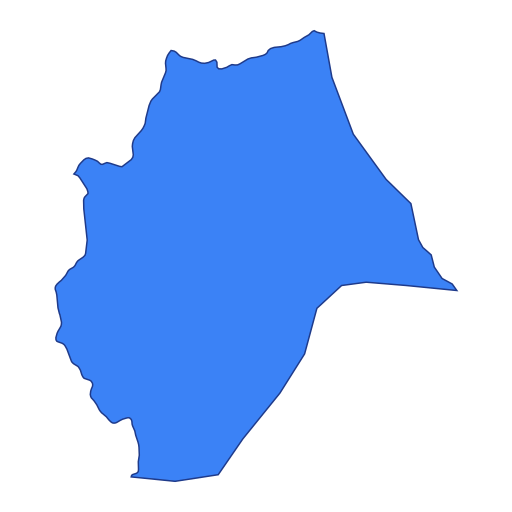 outline of Bongolava
{"feature_id": "MDG-5871", "entity_name": "Bongolava", "entity_type": "Autonomous Province", "adm_level": 1, "iso_a3": "MDG", "parent_name": "Madagascar", "parent_adm1": "", "projection": "mercator", "projection_center": [45.906, -18.601], "detail": "fine", "context": "isolated", "style": "filled", "palette": "blue", "viewbox_px": 512, "rotation_deg": 0, "n_neighbors": 0, "source": "natural_earth", "source_scale": "10m", "svg_char_len": 2680}
<svg xmlns="http://www.w3.org/2000/svg" viewBox="0 0 512 512"><path d="M314.2,30.7L316.8,32.1L320.1,33.0L324.0,33.5L331.9,77.3L353.3,134.2L386.1,179.4L410.9,203.6L418.5,239.7L422.8,247.5L431.2,254.9L434.3,267.1L442.1,278.5L452.2,284.0L456.8,290.5L406.3,285.5L366.2,282.2L341.6,285.5L316.9,308.3L304.6,353.9L279.9,393.1L242.9,438.8L218.2,474.7L175.1,481.3L131.2,476.9L131.5,475.7L132.0,475.0L132.8,474.5L136.5,473.3L137.5,472.5L138.3,471.5L138.5,469.3L138.3,461.7L139.3,455.2L139.0,447.3L138.7,444.8L138.1,442.4L135.7,435.2L134.8,430.9L132.6,425.9L132.1,424.2L131.9,421.4L131.3,419.5L129.6,417.9L128.1,417.7L126.6,418.0L122.6,419.2L120.2,420.4L116.8,422.4L115.6,422.9L114.2,423.1L112.8,423.0L111.6,422.4L110.6,421.6L108.8,419.8L106.4,416.8L101.5,412.7L99.9,410.7L99.2,409.6L96.8,404.8L93.9,400.6L91.3,397.8L90.7,396.4L90.3,394.5L90.7,391.2L91.3,389.2L92.5,386.3L92.7,384.8L92.4,383.1L91.1,381.1L89.7,380.2L84.1,378.3L82.9,376.9L81.8,374.7L80.4,370.2L79.2,368.1L78.1,366.5L73.7,363.8L72.7,362.9L71.8,361.9L71.3,360.9L66.9,349.1L65.0,345.7L64.2,344.7L63.2,343.9L62.0,343.2L58.0,341.8L56.8,341.2L56.0,339.8L55.9,337.6L57.1,333.3L58.1,331.1L60.4,327.2L61.0,326.0L61.4,324.3L61.5,322.2L59.9,314.8L59.4,313.5L58.0,307.9L56.8,295.0L56.2,292.1L55.3,289.5L55.2,287.9L55.6,286.2L57.0,284.2L59.3,282.0L61.3,280.4L65.5,275.6L66.2,274.5L68.1,271.0L69.0,270.0L70.0,269.2L73.4,267.3L74.3,266.4L75.1,265.4L76.3,263.0L77.0,261.9L77.8,260.9L78.8,260.1L83.1,257.2L84.0,256.3L84.9,255.4L85.6,253.5L87.2,240.1L83.8,208.9L83.6,200.4L83.9,198.9L84.4,197.5L85.2,196.5L88.0,193.6L87.9,191.8L86.9,188.8L79.8,177.8L78.0,175.7L73.9,174.0L76.1,171.4L77.0,169.7L77.8,167.7L78.9,165.3L80.4,163.4L83.9,159.8L86.0,158.4L88.5,157.9L92.1,158.9L94.9,160.0L97.5,161.3L99.3,163.0L100.9,164.3L102.7,164.3L104.7,163.4L106.9,162.6L110.1,163.3L119.7,166.4L122.0,166.7L131.3,159.6L132.8,157.3L133.3,154.8L132.3,146.4L132.6,143.6L133.4,140.5L134.9,137.7L141.3,130.6L143.0,128.2L144.2,125.8L145.2,123.3L145.9,118.1L149.1,105.5L150.9,101.1L152.4,99.0L159.5,91.8L160.4,89.6L161.1,84.6L161.6,82.2L165.5,72.8L166.1,70.5L166.0,68.1L165.5,63.3L165.7,60.9L166.5,58.2L167.6,55.4L169.2,52.9L171.1,50.5L174.2,51.1L176.2,52.3L178.9,55.0L180.5,56.3L183.1,57.4L192.7,59.4L196.1,60.8L198.8,62.2L201.5,63.1L204.7,63.3L208.6,62.5L213.7,60.1L215.5,60.0L216.9,62.2L217.1,67.2L218.7,68.8L221.8,68.9L226.8,67.3L229.3,65.8L231.9,64.6L235.0,65.0L237.6,64.9L240.0,63.8L247.9,59.0L251.3,57.9L256.4,57.2L263.1,55.4L265.5,54.3L267.2,52.7L268.2,50.5L270.5,48.6L274.2,47.4L281.1,46.7L285.2,45.8L288.4,44.6L290.6,43.4L293.0,42.6L297.8,41.4L300.1,40.3L304.3,37.4L308.9,34.8L312.3,31.5L314.2,30.7Z" fill="#3b82f6" stroke="#1e3a8a" stroke-width="1.5"/></svg>